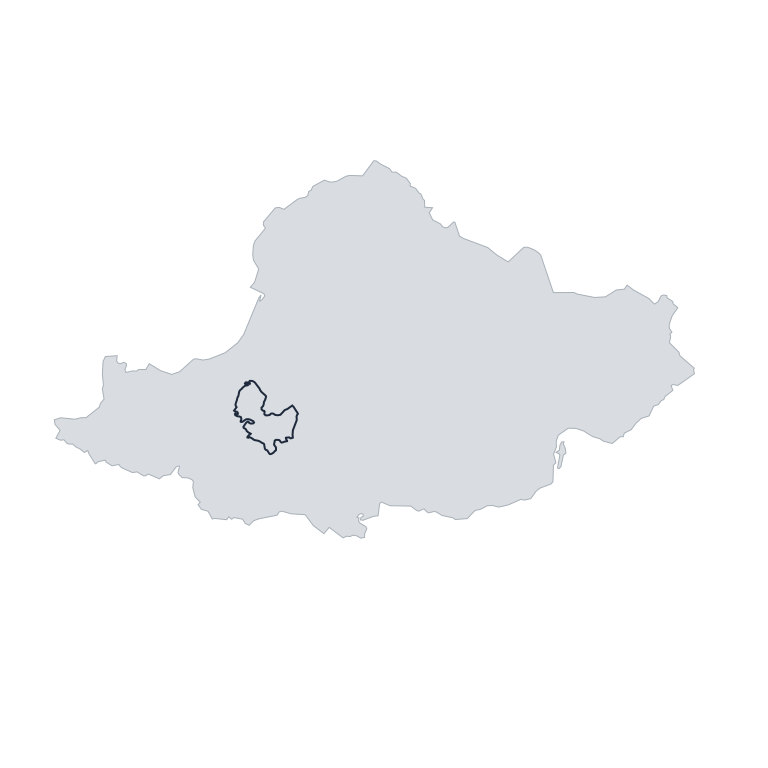 Iran, with Markazi highlighted, rotated 307°
{"feature_id": "IRN-3231", "entity_name": "Markazi", "entity_type": "Province", "adm_level": 1, "iso_a3": "IRN", "parent_name": "Iran", "parent_adm1": "", "projection": "equal_earth", "projection_center": [49.809, 34.588], "detail": "fine", "context": "in_parent", "style": "outline", "palette": "slate", "viewbox_px": 768, "rotation_deg": 307, "n_neighbors": 0, "source": "natural_earth", "source_scale": "10m", "svg_char_len": 5845}
<svg xmlns="http://www.w3.org/2000/svg" viewBox="0 0 768 768"><g transform="rotate(307 384 384)"><path d="M380.8,219.0L387.5,219.4L399.7,215.0L400.8,214.0L404.3,205.2L408.5,201.2L415.7,196.5L420.4,194.9L437.1,195.6L438.3,192.0L441.0,190.2L459.2,191.2L462.0,194.0L463.3,199.0L478.6,203.5L481.7,205.0L485.6,208.7L488.6,209.7L492.5,208.0L495.0,209.2L498.9,208.2L510.9,213.7L512.7,219.3L514.9,221.9L517.6,224.3L527.2,228.7L530.0,231.2L537.3,241.6L556.2,241.5L557.5,243.7L557.5,248.2L559.3,259.0L558.0,262.9L560.6,266.4L560.6,273.2L561.8,277.9L559.9,284.4L557.8,285.7L559.3,291.5L557.6,297.1L557.9,299.2L555.1,303.9L555.0,305.8L549.7,310.2L554.0,316.7L548.0,317.1L544.4,324.0L545.8,332.3L544.9,336.5L545.6,338.9L547.3,340.6L555.5,342.2L555.8,343.3L547.5,355.4L548.1,360.1L555.4,384.7L554.9,397.0L556.2,409.7L577.3,413.4L579.8,416.6L581.6,423.7L581.7,429.0L581.2,431.7L558.9,464.3L571.4,480.6L572.1,484.2L579.9,500.2L586.9,508.4L598.8,512.9L604.4,518.9L609.3,518.7L609.2,526.8L611.7,544.0L610.5,551.8L614.7,553.4L621.1,552.3L623.4,553.8L624.8,556.6L623.2,558.2L623.7,565.0L622.1,566.4L621.7,572.8L612.2,573.0L603.5,575.8L600.3,578.2L598.6,582.8L595.7,582.3L594.8,584.1L588.7,587.2L586.9,600.3L584.6,603.5L583.3,622.3L581.9,622.5L579.0,625.7L559.6,619.5L557.5,615.0L555.5,614.2L552.8,618.5L543.1,616.0L539.9,616.8L537.8,615.5L532.6,615.4L528.5,612.7L518.0,614.9L511.5,610.2L504.7,608.9L496.3,608.9L489.4,605.5L485.8,606.8L484.1,604.4L473.9,602.1L470.4,593.7L470.2,589.5L467.6,582.3L466.6,571.7L464.1,564.1L459.7,557.8L448.0,554.0L441.9,556.0L437.5,559.6L430.1,561.6L424.5,568.7L421.2,568.1L407.7,577.7L404.8,577.6L394.6,571.2L390.0,570.0L380.8,570.2L375.7,565.9L374.3,562.8L362.2,556.0L354.8,549.8L352.4,544.1L349.2,539.9L342.0,536.5L337.8,532.8L326.6,531.5L318.7,522.5L318.6,519.5L314.0,509.6L313.2,502.4L312.1,500.5L308.2,497.5L307.6,495.6L308.4,491.0L303.3,488.2L302.6,486.0L302.7,479.0L290.5,462.2L288.1,452.9L285.9,452.5L275.1,458.6L272.0,455.2L262.6,449.3L261.3,447.0L263.6,445.9L266.0,447.0L267.4,445.7L266.8,443.7L264.5,442.5L261.3,442.6L262.1,444.5L259.1,446.3L258.5,448.6L259.2,455.5L257.9,457.5L252.9,458.6L249.8,460.8L247.0,458.3L246.2,453.2L244.4,450.0L241.8,448.8L239.8,445.6L236.5,444.0L236.5,426.5L228.3,426.1L228.4,412.8L232.2,399.7L224.4,387.9L221.0,378.9L218.8,377.3L214.8,377.5L201.2,365.4L196.5,362.2L190.0,361.3L189.2,357.1L190.9,352.4L187.9,346.3L186.9,344.5L184.3,343.7L184.5,339.9L181.0,340.1L174.6,329.5L172.8,328.1L176.5,320.1L174.0,313.6L175.7,308.1L179.0,308.4L180.2,301.1L186.2,293.6L191.5,290.4L192.0,288.1L191.1,284.1L187.8,279.1L188.3,274.8L189.4,272.7L194.9,270.4L195.2,269.5L192.7,267.9L183.1,267.9L178.0,262.9L173.1,261.7L170.4,250.7L169.6,249.4L167.3,249.0L165.9,247.0L165.2,239.7L161.9,236.4L159.4,225.7L159.3,223.1L160.2,220.7L155.0,216.1L154.4,209.0L155.5,207.3L149.5,202.2L146.8,201.9L146.6,201.0L150.9,190.0L152.6,187.5L149.0,185.9L149.2,180.4L148.3,175.9L148.7,171.6L146.4,168.5L145.8,166.6L146.8,161.9L144.5,159.6L143.2,154.6L152.0,153.2L153.8,145.5L157.0,142.3L162.4,146.0L169.9,158.4L174.5,162.1L177.8,166.3L194.3,170.6L197.8,169.2L203.5,169.5L210.8,161.8L214.0,160.8L222.5,153.1L232.9,146.1L238.3,144.9L246.0,153.9L241.5,156.6L240.7,158.9L241.2,161.0L244.8,163.3L245.2,165.9L244.0,167.1L239.4,168.5L238.0,171.1L243.0,175.2L245.4,178.7L248.1,179.5L252.3,185.1L258.9,184.3L260.2,197.6L263.9,208.7L270.9,213.4L289.3,217.0L291.3,219.1L294.3,225.2L299.0,229.6L313.3,238.3L328.9,242.4L339.3,242.1L377.5,232.2L381.1,232.2L375.4,234.7L377.6,235.8L382.4,235.8L383.5,234.8L383.7,233.2L380.8,219.0ZM443.9,563.5L441.6,567.6L438.1,571.0L435.3,570.0L424.6,575.0L421.7,574.7L421.3,573.1L433.1,567.2L433.6,565.7L432.9,562.6L436.7,563.9L440.9,561.4L444.5,560.7L446.2,562.5L443.9,563.5Z" fill="#d9dde1" stroke="#a8b0b8" stroke-width="1"/><path d="M311.6,323.7L311.3,325.6L309.0,331.9L308.4,333.2L307.0,333.2L305.4,333.7L304.0,335.0L302.5,336.1L292.2,339.1L288.3,341.6L286.3,343.5L286.0,343.3L284.5,342.3L284.3,341.4L284.3,340.4L283.8,339.8L283.0,339.1L282.6,338.4L282.0,338.0L281.2,338.7L280.7,339.7L280.5,340.6L280.0,341.0L279.2,340.3L278.3,339.4L276.5,338.3L275.7,337.6L275.5,336.8L275.7,335.8L276.1,334.9L276.1,334.0L275.4,332.7L274.3,331.3L273.0,330.8L271.7,331.6L270.4,332.1L269.3,332.8L268.4,335.7L268.0,336.2L266.0,337.6L265.3,337.3L262.5,337.0L260.9,336.4L259.7,335.6L259.3,334.9L259.5,334.1L259.7,333.4L260.7,330.9L260.6,330.1L260.3,329.2L260.5,328.2L260.9,327.5L263.4,324.9L263.9,324.3L263.9,323.5L263.5,321.4L263.4,319.6L263.0,317.8L261.2,314.1L261.1,310.6L260.6,308.6L259.4,308.0L259.1,307.1L259.9,306.7L262.4,307.0L263.6,307.6L264.1,307.5L263.7,305.0L263.8,302.7L264.5,301.5L264.8,300.4L264.5,298.5L265.1,297.5L269.6,297.2L271.7,297.6L272.3,298.5L271.8,299.7L272.1,301.2L273.1,302.5L273.9,303.3L275.0,303.4L275.6,302.1L275.0,298.6L274.4,297.0L273.2,295.4L272.0,294.8L269.4,294.0L268.3,293.4L267.7,292.8L267.6,292.3L268.1,291.8L268.8,291.7L270.2,291.2L271.4,289.7L271.1,288.2L270.0,286.3L269.6,284.1L270.3,283.0L271.0,283.0L271.0,283.6L271.0,284.4L271.5,285.1L272.3,285.3L273.2,284.3L273.3,283.1L272.7,282.2L272.5,281.1L272.5,280.3L276.8,280.2L277.5,278.4L278.5,277.6L282.8,276.1L284.1,275.5L285.4,275.0L286.6,275.0L290.9,272.9L292.4,272.8L293.1,272.9L294.2,273.2L296.6,273.4L299.0,274.1L300.5,275.5L301.1,275.9L301.3,275.4L301.3,274.9L300.4,273.4L300.7,272.6L302.1,272.6L303.0,273.8L303.0,275.6L303.2,276.7L303.9,276.5L304.5,275.0L305.7,274.9L306.8,276.4L307.4,277.8L307.5,280.0L305.4,287.4L304.7,288.5L303.9,291.0L303.5,296.0L303.2,297.2L302.7,297.5L300.2,298.5L297.2,299.0L295.7,300.0L293.6,300.7L291.4,300.4L290.0,301.6L289.9,303.7L290.4,304.5L290.2,305.2L287.9,306.6L287.7,308.3L289.0,310.0L290.1,311.0L291.0,311.5L292.0,311.4L292.7,311.9L293.4,312.8L293.8,313.8L293.7,315.1L294.3,316.7L295.4,318.3L297.1,319.8L303.4,320.4L305.9,321.9L311.6,323.7Z" fill="none" stroke="#1e293b" stroke-width="2"/></g></svg>